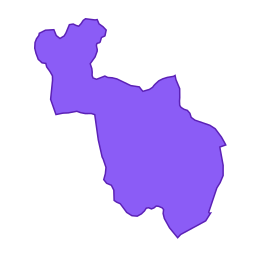 an SVG outline of Yatenga, rotated 184°
{"feature_id": "BFA-2823", "entity_name": "Yatenga", "entity_type": "Province", "adm_level": 1, "iso_a3": "BFA", "parent_name": "Burkina Faso", "parent_adm1": "", "projection": "natural_earth1", "projection_center": [-2.299, 13.586], "detail": "fine", "context": "isolated", "style": "filled", "palette": "violet", "viewbox_px": 256, "rotation_deg": 184, "n_neighbors": 0, "source": "natural_earth", "source_scale": "10m", "svg_char_len": 1719}
<svg xmlns="http://www.w3.org/2000/svg" viewBox="0 0 256 256"><g transform="rotate(184 128 128)"><path d="M39.7,48.9L44.0,40.8L68.0,25.5L70.8,22.0L79.6,31.3L85.4,40.2L87.0,45.1L86.8,49.1L88.3,50.7L92.0,52.0L94.4,52.1L96.5,50.1L99.0,48.9L101.8,49.9L104.2,49.3L105.8,46.4L108.6,43.3L112.6,40.7L118.0,40.8L123.4,43.7L130.4,51.9L134.3,53.3L136.8,54.8L137.8,65.0L140.6,69.7L145.5,71.4L148.6,74.8L147.4,80.8L147.2,87.1L150.6,95.3L151.8,97.3L156.8,114.0L162.1,139.0L165.6,139.9L171.6,139.4L176.3,140.0L180.2,141.1L188.7,138.9L193.9,138.3L200.8,136.4L207.2,151.2L206.6,170.2L207.0,174.7L209.7,178.8L213.4,183.3L214.5,186.7L218.3,187.0L222.3,190.2L225.0,196.1L226.6,201.1L226.7,206.8L225.5,210.7L223.4,214.0L223.1,216.3L217.2,219.8L208.8,220.9L206.0,215.2L202.1,212.6L198.1,215.4L196.5,218.6L193.7,227.0L189.9,227.9L186.9,226.7L184.3,226.1L182.1,228.8L180.1,232.3L178.0,234.0L168.3,233.5L166.3,234.0L164.2,229.9L160.0,227.3L156.6,224.2L157.4,218.4L158.0,217.9L160.2,216.8L160.7,216.3L160.9,216.0L161.8,211.8L162.8,210.9L164.0,210.6L164.9,210.1L165.3,208.5L165.0,206.9L164.2,204.3L164.1,202.5L165.8,196.6L170.2,189.5L168.2,184.7L167.6,181.2L167.5,178.0L166.4,175.5L162.8,174.4L154.7,178.2L151.7,177.0L147.3,177.0L142.5,176.2L128.2,170.5L119.6,169.8L117.4,167.3L115.7,165.6L109.3,168.0L106.3,170.3L105.1,172.2L103.8,173.8L100.6,177.2L96.7,179.5L92.4,181.2L86.2,182.7L84.7,183.7L83.6,179.7L79.2,170.9L78.5,162.0L78.5,158.5L78.0,154.2L76.6,152.3L73.5,150.6L70.0,149.7L67.3,147.0L65.7,143.0L61.8,140.5L46.5,136.4L40.9,133.3L34.1,125.4L30.7,120.2L29.6,118.4L29.3,117.9L35.1,115.4L30.5,97.4L29.8,87.2L32.3,79.9L35.2,74.4L41.6,49.7L41.4,49.4L41.1,49.0L40.6,48.7L39.7,48.9Z" fill="#8b5cf6" stroke="#5b21b6" stroke-width="1.5"/></g></svg>